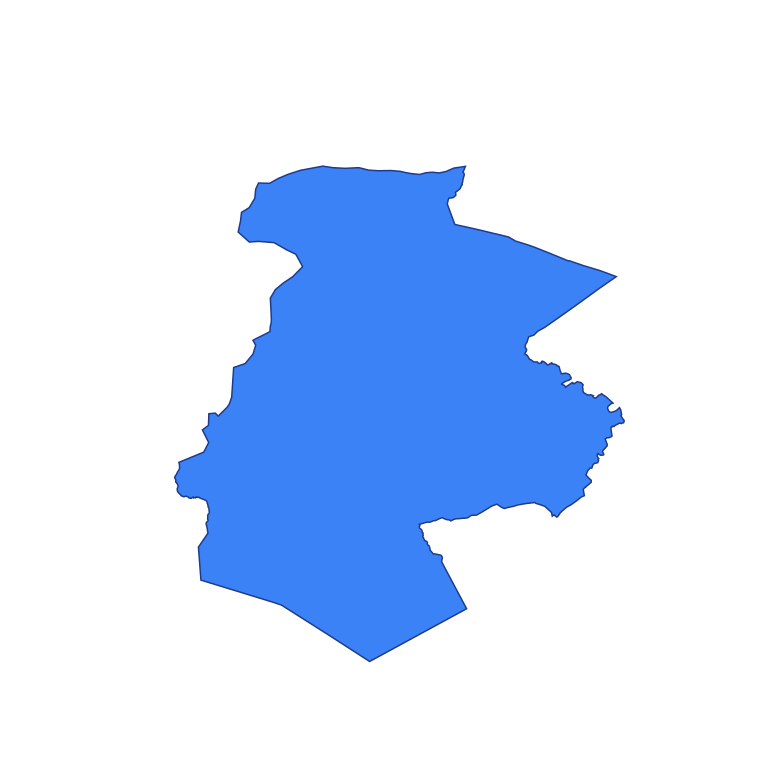 outline of Fanteakwa North, Eastern, Ghana, rotated 151°
{"feature_id": "2480657B42231307300111", "entity_name": "Fanteakwa North", "entity_type": "district", "adm_level": 2, "iso_a3": "GHA", "parent_name": "Ghana", "parent_adm1": "Eastern", "projection": "albers", "projection_center": [-0.403, 6.499], "detail": "fine", "context": "isolated", "style": "filled", "palette": "blue", "viewbox_px": 768, "rotation_deg": 151, "n_neighbors": 0, "source": "geoboundaries", "source_scale": "gbopen_adm2", "svg_char_len": 6123}
<svg xmlns="http://www.w3.org/2000/svg" viewBox="0 0 768 768"><g transform="rotate(151 384 384)"><path d="M128.8,365.3L139.6,377.9L152.5,391.2L162.2,402.0L163.2,402.4L178.2,421.1L186.2,430.8L190.5,435.7L199.8,445.4L203.7,452.1L224.9,471.6L244.7,489.2L241.4,510.7L239.0,513.5L237.0,515.1L234.8,514.0L233.5,513.6L232.4,513.6L229.7,514.2L229.1,515.4L228.7,516.7L228.6,516.9L227.7,517.1L225.3,517.4L222.6,518.0L220.2,519.9L218.9,520.4L218.3,521.7L217.2,522.6L216.9,523.1L216.1,524.2L214.5,525.9L212.3,528.1L211.9,530.0L212.2,531.2L210.8,532.0L207.3,534.9L208.8,535.4L218.3,539.0L226.8,539.8L233.3,541.8L239.3,545.9L244.8,548.4L251.3,550.0L257.7,554.5L262.2,558.1L266.7,562.1L274.2,567.2L285.6,573.3L293.6,578.4L301.1,585.4L313.5,591.5L324.0,598.1L331.9,604.2L353.4,611.4L366.4,613.9L376.4,615.0L386.8,615.0L396.3,620.6L401.8,616.6L406.9,609.1L416.4,603.6L425.4,603.2L430.4,596.2L437.9,587.6L433.0,573.5L424.5,569.5L411.6,560.9L404.2,548.7L398.2,540.2L398.3,526.1L411.8,522.1L422.8,521.2L433.3,519.2L441.8,514.2L447.4,502.7L451.4,494.7L453.4,491.7L455.4,489.7L458.4,485.1L462.9,485.2L473.4,485.7L477.4,485.7L477.4,480.2L484.0,473.7L495.5,469.2L507.5,471.3L523.6,446.3L528.6,441.8L532.1,439.8L544.6,436.3L545.6,440.3L551.6,442.9L557.6,432.9L565.1,431.9L565.7,417.8L574.7,411.8L601.4,414.9L601.6,414.1L602.3,412.0L603.5,409.6L604.7,408.5L606.4,407.5L607.3,407.1L609.7,405.3L610.2,405.2L610.9,404.7L611.8,404.4L612.5,403.5L612.6,402.5L612.4,401.7L612.6,401.3L612.7,401.1L613.1,400.1L613.6,399.5L613.7,399.1L613.2,398.4L613.4,397.9L613.2,396.6L613.3,395.3L613.6,394.6L614.2,393.8L615.5,392.8L616.1,391.8L616.7,390.0L616.3,387.9L616.1,387.0L615.7,386.2L615.6,384.7L613.7,382.3L612.6,382.2L611.6,381.9L611.3,381.6L610.0,380.2L610.0,379.5L609.9,379.1L608.8,378.0L607.8,377.4L606.6,377.7L605.9,377.6L605.7,377.5L605.9,377.0L605.8,376.7L605.6,376.6L604.8,376.4L604.4,376.0L604.0,375.8L603.8,375.8L603.3,376.3L602.9,376.3L602.6,376.2L602.4,375.5L601.9,375.3L601.7,375.0L601.5,374.9L600.8,374.7L600.3,373.4L598.6,371.5L598.1,371.1L596.7,369.0L596.0,367.8L595.8,367.4L595.9,366.5L596.4,365.5L596.5,364.5L596.8,363.6L596.8,362.8L597.5,361.7L597.2,360.6L598.6,357.6L598.7,356.8L599.6,355.8L599.9,355.5L600.8,355.4L601.4,355.0L601.9,354.5L603.9,351.0L603.8,350.6L604.1,349.9L604.7,349.4L606.2,349.2L606.6,348.8L607.3,348.2L607.4,347.4L607.8,346.8L607.8,345.9L610.3,338.9L625.4,331.3L639.2,301.2L586.0,246.0L580.9,240.4L556.3,195.3L531.1,148.3L420.7,147.4L419.8,200.4L418.8,201.9L417.4,203.4L417.1,204.0L416.9,205.1L417.0,206.2L417.4,206.9L422.0,210.8L423.3,211.6L424.2,216.4L423.6,217.7L423.5,218.5L423.2,219.2L423.0,220.1L423.1,220.8L423.7,222.2L423.7,222.9L422.9,224.4L422.9,224.9L423.0,225.6L423.4,226.1L423.6,226.6L424.1,227.0L424.4,227.9L424.2,228.1L424.2,229.6L423.9,230.7L424.2,231.9L423.9,232.3L423.4,232.4L423.0,232.7L422.8,233.6L422.1,234.6L422.1,235.0L422.5,235.5L422.5,235.9L421.8,237.4L421.8,238.2L422.2,239.5L422.7,240.4L422.7,241.0L422.6,241.6L422.3,242.2L421.8,242.3L421.0,243.1L421.1,244.1L413.9,242.5L410.5,240.8L406.9,240.4L405.3,239.6L400.3,239.3L398.1,238.9L397.7,238.7L397.2,237.7L394.9,235.0L392.6,233.3L392.0,231.9L388.2,231.7L385.9,231.0L384.1,230.0L380.4,228.5L378.7,227.6L375.9,226.5L374.9,226.4L373.2,226.7L371.4,226.7L370.6,226.5L367.0,224.6L365.0,224.4L363.5,224.5L359.7,224.5L349.1,225.0L343.5,224.2L341.1,219.4L339.2,216.8L334.6,215.7L329.7,214.1L325.6,213.4L324.5,212.9L320.8,211.7L317.0,210.3L309.5,207.2L309.2,206.3L308.8,205.7L306.3,203.2L302.7,199.1L299.8,190.5L300.9,186.8L298.8,187.2L297.5,183.9L296.5,183.8L294.1,184.9L292.9,185.6L292.1,185.9L289.0,186.7L284.1,187.7L278.9,187.7L272.0,188.5L266.2,189.5L262.9,189.2L261.1,194.5L260.5,195.4L258.8,196.0L257.7,195.9L257.1,196.3L253.5,196.9L250.4,197.6L249.6,198.9L249.5,199.7L250.5,202.5L251.5,206.5L248.2,209.2L244.6,210.6L243.0,209.7L240.2,212.2L239.2,212.4L238.4,212.4L235.2,211.6L233.7,212.8L233.4,213.3L233.1,214.3L232.3,214.6L232.6,215.9L232.5,216.9L232.4,217.2L232.2,218.2L231.9,218.7L230.6,219.5L229.8,217.6L228.9,216.5L226.7,215.6L226.2,215.6L225.9,215.9L225.7,216.6L225.8,218.6L225.1,219.5L222.3,220.5L221.7,220.6L220.8,221.1L219.2,221.5L218.3,222.4L218.0,223.3L217.2,228.7L215.2,228.9L213.1,227.9L212.4,228.0L211.0,227.7L209.9,227.9L209.7,228.1L207.5,234.2L206.4,236.0L205.4,235.8L204.8,236.4L204.4,236.3L203.4,235.3L202.5,235.7L197.3,235.6L196.2,235.2L195.7,234.3L194.3,234.4L193.8,234.0L193.2,234.0L192.8,234.2L192.5,234.6L191.9,235.2L191.7,235.3L192.3,241.5L191.1,241.9L189.5,246.4L189.5,249.2L193.5,248.1L196.6,248.4L199.1,249.1L200.3,250.2L200.6,252.0L200.2,254.5L199.0,255.8L196.4,256.4L194.5,256.6L193.0,256.3L196.1,265.4L197.6,268.1L198.2,269.7L198.5,270.1L200.0,269.7L200.6,270.0L201.9,270.0L204.6,269.2L205.3,269.0L205.8,269.1L206.9,270.3L207.6,271.7L207.0,272.5L206.8,272.5L208.4,274.4L209.6,274.6L209.9,274.9L210.1,275.1L211.2,275.6L213.6,279.7L213.4,280.6L213.4,281.4L213.1,282.2L212.3,283.4L212.2,284.4L211.3,285.8L210.3,286.7L210.2,287.0L211.0,289.7L213.9,292.3L215.0,292.3L215.7,292.1L216.0,292.1L217.7,292.1L218.2,292.5L218.2,293.8L218.6,294.0L226.9,293.2L226.8,295.2L228.7,297.5L228.4,298.1L223.8,298.3L222.2,298.1L221.2,297.7L220.3,297.7L220.3,297.8L219.2,297.8L218.4,297.6L218.0,297.8L217.2,299.0L217.4,300.3L217.2,302.2L218.0,303.5L219.7,305.3L221.1,305.9L221.9,306.0L223.8,307.0L223.5,310.2L222.4,314.4L222.8,315.1L223.9,316.3L223.7,316.6L225.0,318.5L227.1,320.0L227.2,320.3L226.9,320.9L226.9,321.1L227.2,321.3L227.5,321.3L229.1,320.9L229.6,321.3L230.4,321.0L230.9,321.0L231.7,321.4L232.2,322.0L232.0,322.5L232.6,323.9L232.5,324.1L232.9,324.5L233.1,324.8L233.0,325.0L233.1,325.5L233.9,326.6L234.1,326.3L234.4,326.3L234.7,326.7L234.7,327.2L235.2,327.3L235.4,327.2L236.0,326.2L236.4,326.1L236.6,326.5L238.4,326.7L239.1,327.4L239.0,328.3L239.1,328.6L239.1,328.9L242.3,330.7L243.5,333.4L244.8,335.4L244.8,339.6L245.0,340.0L246.0,341.2L246.2,341.8L246.1,342.3L243.5,343.8L242.6,344.8L242.5,345.5L242.7,348.2L240.4,350.4L240.0,350.7L239.1,350.9L237.7,352.1L235.1,354.7L234.1,355.1L229.4,354.1L223.8,355.6L216.1,355.6L209.4,356.3L182.4,359.2L148.7,363.3L128.8,365.3Z" fill="#3b82f6" stroke="#1e3a8a" stroke-width="1.5"/></g></svg>